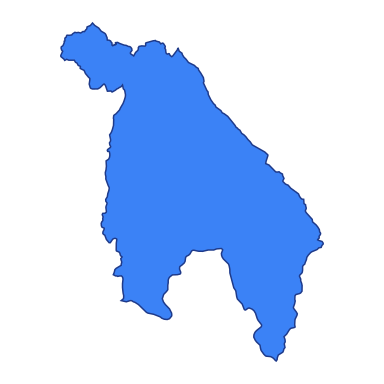 Sin Ho, Lai Chau, Vietnam
{"feature_id": "81297802B88663047044628", "entity_name": "Sin Ho", "entity_type": "district", "adm_level": 2, "iso_a3": "VNM", "parent_name": "Vietnam", "parent_adm1": "Lai Chau", "projection": "natural_earth1", "projection_center": [103.292, 22.251], "detail": "fine", "context": "isolated", "style": "filled", "palette": "blue", "viewbox_px": 384, "rotation_deg": 0, "n_neighbors": 0, "source": "geoboundaries", "source_scale": "gbopen_adm2", "svg_char_len": 5914}
<svg xmlns="http://www.w3.org/2000/svg" viewBox="0 0 384 384"><path d="M203.4,82.9L204.0,81.2L203.4,77.6L200.7,73.0L198.6,70.0L198.2,68.4L196.2,67.2L194.4,65.4L188.5,62.5L186.1,59.3L183.8,57.0L182.3,54.5L182.0,53.2L179.2,51.2L178.2,48.3L177.7,48.5L177.5,49.5L177.0,50.3L172.7,56.0L171.8,56.7L170.1,55.4L169.2,53.7L168.8,53.6L167.5,54.1L166.4,53.6L165.9,52.4L165.6,49.4L164.7,48.0L165.3,47.0L165.2,46.2L163.4,43.4L162.4,43.1L160.7,43.8L159.4,42.0L156.0,41.1L155.5,40.5L153.2,40.8L146.0,42.8L145.6,43.4L145.7,45.2L145.4,45.8L144.9,46.1L141.7,45.9L139.1,46.4L138.3,47.7L138.3,49.1L137.8,50.4L135.6,52.4L133.7,55.9L131.0,54.1L130.4,53.4L130.5,52.4L132.0,50.4L131.7,48.5L130.7,47.2L129.8,46.6L128.2,46.4L126.3,45.4L124.1,45.1L119.3,43.3L117.7,42.4L115.6,42.6L115.4,42.8L115.6,43.4L116.3,43.8L116.1,44.3L115.3,44.8L114.2,44.6L114.2,45.1L112.8,45.7L112.6,45.3L112.1,45.2L111.9,42.8L111.1,42.0L110.6,41.0L109.1,40.2L107.3,40.1L107.0,37.3L106.4,36.4L106.2,35.4L105.4,33.9L104.5,33.1L101.2,31.2L98.7,28.0L94.8,25.5L92.5,23.0L90.4,25.5L87.1,26.9L86.7,29.0L85.7,29.9L84.5,31.6L83.0,31.5L80.7,33.0L78.4,32.4L76.4,32.7L74.9,32.3L72.5,33.9L71.8,34.9L69.5,35.3L67.0,35.2L66.5,35.9L66.2,37.1L65.2,37.8L64.9,38.3L64.9,40.9L64.2,41.2L64.2,42.8L63.0,45.5L62.5,46.1L61.5,46.6L61.2,47.1L61.1,48.2L61.6,50.0L62.7,51.2L60.8,55.4L60.9,56.6L63.9,59.1L64.7,60.4L66.7,59.3L68.8,60.2L74.3,60.2L75.5,62.3L77.0,63.1L78.2,65.4L80.3,66.3L80.5,66.9L80.1,68.0L80.3,68.5L84.1,70.4L85.5,73.6L88.5,77.2L89.8,78.4L89.8,80.0L89.2,84.1L90.3,87.8L90.9,88.4L92.5,89.0L97.8,88.9L100.1,87.6L103.5,84.3L104.1,84.0L104.8,84.6L105.5,85.7L107.4,91.2L111.0,91.0L111.8,91.9L112.2,92.0L115.4,90.2L116.9,88.9L117.8,88.6L119.2,87.6L121.1,86.7L122.5,85.0L123.3,88.8L124.4,89.8L124.9,91.4L125.5,94.9L125.3,96.9L124.3,100.2L123.1,103.4L120.4,108.0L119.5,110.0L116.0,113.8L114.1,115.1L113.7,115.7L113.4,118.3L113.7,119.3L113.5,125.5L112.3,129.8L111.3,132.4L109.6,134.9L110.5,139.1L110.6,140.4L110.4,141.4L109.5,142.7L109.5,143.2L109.8,144.9L110.6,146.3L110.6,146.9L110.3,147.5L107.6,149.5L107.3,150.4L107.7,151.4L108.8,151.4L109.4,151.9L109.8,154.0L109.8,155.6L109.5,157.4L108.6,159.2L106.1,160.9L106.4,166.3L106.0,169.9L105.3,172.5L105.4,174.5L105.9,176.8L105.8,179.0L108.2,185.6L109.2,187.6L109.2,188.6L108.8,190.7L107.8,193.6L107.3,196.8L105.7,199.4L105.8,201.2L107.0,202.9L107.0,203.7L106.0,206.5L105.9,207.7L106.4,211.5L106.1,212.4L105.0,213.2L102.7,213.4L102.2,214.7L103.1,216.9L102.7,218.6L102.9,220.0L102.6,220.9L101.8,221.8L101.2,223.4L101.4,225.9L102.0,227.2L104.2,228.2L104.2,229.2L103.0,231.7L102.8,233.2L103.4,234.3L104.8,235.2L106.4,239.5L109.1,242.7L110.3,242.7L112.7,239.2L114.3,238.4L115.4,238.4L116.6,238.9L116.8,239.5L116.3,243.0L116.2,250.2L116.5,251.0L119.0,252.0L119.9,253.2L120.3,255.1L121.1,256.2L122.0,256.8L121.9,257.3L120.8,258.6L121.0,259.9L121.5,261.0L121.7,262.4L121.2,264.3L121.2,265.3L116.2,268.3L114.9,269.6L114.2,272.5L113.3,274.7L115.5,275.9L117.0,276.0L117.7,276.4L119.4,276.0L121.4,275.9L122.2,276.6L122.8,277.9L123.0,279.3L122.5,283.7L122.5,287.5L123.1,293.0L123.7,295.7L123.6,298.0L123.4,298.7L121.2,300.6L126.3,301.8L130.2,300.6L131.7,300.7L133.4,301.8L134.9,302.3L138.4,304.5L146.4,312.3L147.9,313.1L153.7,314.3L159.6,316.6L160.7,317.2L161.6,318.1L164.2,319.2L167.2,319.5L169.5,318.7L171.6,316.1L171.8,315.1L171.6,313.1L169.5,308.9L165.3,304.5L163.5,302.0L162.3,298.7L163.7,294.4L166.5,291.5L167.8,289.7L167.8,285.2L168.2,282.8L168.2,280.3L168.7,278.5L169.7,277.0L172.4,274.9L177.2,274.7L179.5,274.2L180.4,273.8L180.7,273.0L180.7,272.1L179.5,269.1L179.7,266.9L179.9,266.5L182.0,265.0L184.2,263.0L185.1,261.3L185.6,257.4L186.6,256.2L188.6,255.2L190.0,253.9L191.6,251.0L192.8,250.3L193.8,250.2L198.4,251.2L202.7,251.3L208.2,250.0L213.7,250.0L216.6,248.9L221.3,248.5L222.3,249.3L222.7,249.9L221.4,253.4L221.6,255.4L222.2,257.1L223.4,259.0L228.4,263.9L229.1,265.6L229.8,269.2L229.9,273.0L233.8,287.8L235.5,290.3L235.9,291.4L236.7,296.7L237.4,299.0L242.2,304.1L244.2,309.3L244.6,309.8L245.6,310.0L248.1,308.2L249.3,308.0L252.0,309.1L253.9,310.6L255.5,313.2L257.3,318.8L258.2,320.5L261.5,324.7L261.6,325.9L261.0,327.0L257.2,330.0L255.5,331.6L254.6,333.1L253.9,334.9L253.8,337.2L255.3,340.3L256.6,342.0L260.0,345.2L260.5,348.3L261.1,350.4L263.8,354.2L265.5,355.9L266.4,356.2L270.4,356.6L271.5,357.0L273.5,358.3L275.4,360.5L276.2,361.0L277.1,359.7L277.3,357.8L278.3,355.0L282.8,352.2L283.4,350.9L283.8,349.2L285.0,347.5L284.3,344.0L284.5,343.1L285.2,341.9L285.0,339.5L284.0,336.7L286.6,334.2L289.2,330.0L290.3,328.7L291.2,328.2L294.1,327.6L295.1,327.0L294.7,324.9L294.9,320.5L295.1,319.2L296.9,315.5L297.3,313.8L296.4,312.1L293.6,308.3L293.4,307.2L294.6,303.9L295.2,301.0L294.8,299.3L295.0,295.7L296.0,294.5L299.4,293.6L300.6,293.0L302.0,291.2L302.1,285.5L301.6,283.2L300.7,280.9L300.7,279.0L299.5,276.4L299.5,275.8L299.8,275.1L301.8,273.1L302.3,272.1L302.6,270.1L302.6,266.5L303.4,265.2L304.7,264.2L305.3,262.3L306.4,259.7L306.8,257.4L308.3,255.1L310.6,252.6L311.7,251.8L316.3,249.9L317.3,249.4L318.7,247.9L321.2,247.4L321.9,245.5L323.1,244.2L323.2,243.2L322.1,241.5L318.7,240.4L317.6,239.8L317.8,239.4L319.2,238.0L319.1,236.2L320.0,235.1L320.6,233.9L320.5,233.0L319.7,231.9L319.3,229.5L317.7,226.9L316.1,224.9L312.6,221.9L312.2,219.3L306.4,212.9L305.5,211.5L305.4,210.4L306.2,208.7L306.1,207.3L305.7,206.2L305.6,204.8L304.0,203.6L303.7,199.3L302.0,199.1L301.1,198.5L299.6,196.5L298.5,193.9L290.6,188.1L288.2,185.2L285.5,184.1L282.9,181.5L282.8,180.9L284.0,178.4L282.7,175.7L282.4,174.0L280.2,172.8L279.1,171.8L277.0,172.1L275.6,171.8L269.0,165.0L265.7,163.6L266.1,161.2L267.9,155.6L267.8,154.8L264.8,152.0L252.3,144.9L250.2,141.8L247.8,139.4L245.9,136.8L244.0,134.9L241.7,133.4L239.9,130.2L238.3,129.2L237.3,128.0L236.2,127.4L234.9,125.2L227.7,116.3L224.1,113.7L222.2,112.8L220.9,110.6L215.9,107.0L215.2,105.1L213.5,103.6L210.9,99.9L208.3,94.6L208.0,91.8L206.9,90.5L203.4,82.9Z" fill="#3b82f6" stroke="#1e3a8a" stroke-width="1.5"/></svg>